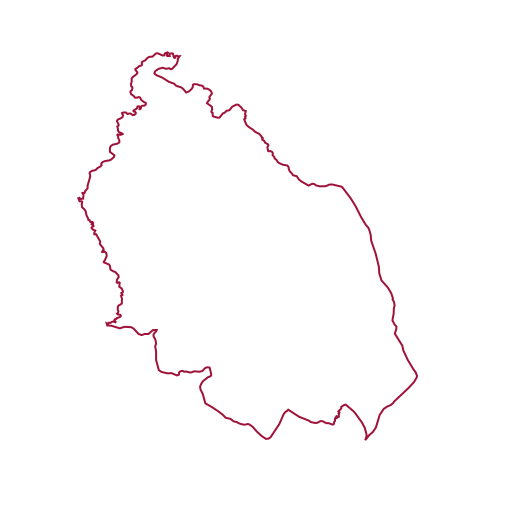 Restrepo, Valle del Cauca, Colombia (Natural Earth projection), rotated 105°
{"feature_id": "7082276B97721102897015", "entity_name": "Restrepo", "entity_type": "district", "adm_level": 2, "iso_a3": "COL", "parent_name": "Colombia", "parent_adm1": "Valle del Cauca", "projection": "natural_earth1", "projection_center": [-76.549, 3.81], "detail": "fine", "context": "isolated", "style": "outline", "palette": "rose", "viewbox_px": 512, "rotation_deg": 105, "n_neighbors": 0, "source": "geoboundaries", "source_scale": "gbopen_adm2", "svg_char_len": 6111}
<svg xmlns="http://www.w3.org/2000/svg" viewBox="0 0 512 512"><g transform="rotate(105 256 256)"><path d="M206.1,150.6L201.5,153.3L199.4,155.1L197.6,157.9L191.4,164.4L182.3,172.5L175.9,179.3L167.6,190.0L166.9,191.5L167.2,201.1L168.3,204.1L169.9,205.8L170.8,207.6L172.2,212.4L172.3,216.0L171.4,218.4L171.7,220.4L174.4,223.5L172.2,231.5L171.1,234.2L168.4,237.3L168.4,241.2L167.2,242.4L165.4,245.4L163.0,247.1L161.7,247.5L160.5,249.1L160.9,253.8L160.1,258.3L159.4,259.6L157.8,261.1L157.0,263.3L155.7,263.8L154.3,266.1L152.3,266.3L151.2,267.6L150.9,269.4L151.6,270.8L151.5,271.4L148.5,273.0L147.5,273.1L146.0,272.6L145.1,273.2L144.2,276.5L142.6,277.9L142.1,280.0L141.5,280.2L140.4,279.9L140.1,281.1L139.3,281.4L137.2,284.4L136.4,288.7L134.7,291.9L133.5,295.7L131.9,299.1L127.1,302.8L125.9,301.8L124.6,302.6L124.4,302.3L123.6,302.5L123.2,302.1L121.8,303.3L118.6,303.4L118.5,306.4L116.6,308.3L114.6,311.9L114.6,313.4L114.9,314.2L117.9,317.6L122.1,319.4L123.3,322.0L125.5,323.2L127.0,325.0L131.7,327.0L132.3,328.5L132.3,332.9L132.1,333.9L128.9,335.0L128.8,336.0L128.1,336.5L125.7,336.3L123.2,337.3L121.1,342.9L119.0,342.4L117.2,341.4L115.8,341.3L115.1,342.0L114.1,342.1L110.8,340.7L110.1,340.8L108.4,342.2L107.4,344.2L107.0,346.5L107.7,349.6L106.0,350.8L105.4,352.2L105.7,354.6L105.4,357.3L106.1,360.5L107.0,361.2L109.1,360.8L111.3,361.4L114.5,363.5L116.2,365.8L113.6,369.3L112.5,371.8L112.3,377.1L110.7,379.8L110.3,385.3L107.9,392.7L107.2,398.5L106.6,400.4L105.8,401.5L103.4,401.1L100.4,398.5L98.3,394.8L98.5,391.4L97.1,388.5L97.6,386.9L97.3,385.7L91.4,382.4L87.8,382.1L85.5,382.5L82.8,381.5L83.4,383.0L83.0,384.1L83.3,385.1L83.9,385.7L85.3,385.2L85.8,386.1L84.9,387.1L82.0,388.6L81.9,389.2L82.8,391.6L83.8,391.7L85.2,391.1L85.8,393.5L85.2,394.3L82.4,393.7L82.2,394.2L83.8,396.4L86.1,396.8L86.5,398.3L85.6,403.5L85.8,404.1L86.5,405.2L90.2,407.6L90.9,409.8L91.7,411.2L93.2,412.4L95.8,413.7L97.9,416.2L99.0,416.4L100.0,415.8L101.2,415.7L102.0,416.5L102.8,418.1L104.5,419.0L106.5,420.9L107.4,420.7L109.3,418.1L110.1,418.0L111.4,418.5L115.0,421.3L116.5,422.1L119.7,421.2L122.3,421.3L124.5,420.3L124.9,419.2L126.0,418.8L127.9,418.8L129.5,419.9L130.4,419.6L132.0,418.5L133.2,415.3L134.4,413.9L133.8,411.8L132.9,410.6L132.9,409.1L135.0,407.1L136.2,404.4L136.6,402.3L136.9,401.9L138.2,401.7L139.6,402.6L140.4,405.0L141.2,405.5L143.5,405.5L144.3,406.1L144.2,406.6L142.5,406.8L141.7,407.3L141.7,408.2L142.4,409.2L144.4,409.3L146.5,411.4L147.6,412.0L148.1,411.6L148.0,410.1L148.6,409.3L149.7,409.0L151.2,410.1L151.8,411.6L150.9,413.7L151.0,414.9L152.1,416.9L151.0,418.8L151.8,421.5L152.5,422.4L153.1,422.2L154.4,420.9L156.4,420.9L157.8,422.0L160.0,424.8L161.6,425.3L164.9,422.5L165.8,422.6L166.8,423.5L169.3,422.0L170.4,422.0L171.8,420.5L172.4,416.5L172.8,416.3L174.0,418.1L174.4,421.2L175.0,421.3L176.0,420.1L177.6,419.7L179.6,418.0L181.6,417.4L183.4,419.0L185.5,423.1L187.4,424.7L189.5,425.1L193.2,424.0L195.4,418.8L197.3,418.9L200.5,421.0L201.8,422.8L203.2,426.1L204.9,428.4L206.4,429.3L207.2,429.3L208.2,428.6L209.7,429.3L212.1,431.9L214.4,433.1L216.3,436.5L217.7,437.9L219.1,438.2L220.6,437.2L222.4,436.7L231.7,436.9L234.1,436.2L237.9,437.9L239.5,437.9L239.9,438.6L239.8,439.7L240.1,440.0L241.5,438.5L245.3,437.8L246.4,440.3L245.5,441.7L246.2,442.6L248.8,440.6L248.3,438.4L248.7,437.9L251.7,437.6L253.9,436.6L255.3,433.9L256.9,432.1L260.5,430.3L263.3,427.8L264.5,427.3L264.5,426.0L266.0,424.8L265.4,422.8L266.2,421.9L267.0,421.7L267.2,423.0L267.9,423.1L268.9,420.8L269.4,420.7L270.9,422.2L271.7,422.0L272.7,420.4L273.0,417.8L275.3,418.2L276.6,418.0L276.9,417.3L276.3,416.3L276.9,415.5L282.4,410.2L284.9,409.9L288.1,405.4L289.5,404.8L290.0,405.4L291.9,405.7L291.9,405.2L290.9,403.2L291.9,401.4L294.5,400.2L299.7,401.0L300.9,401.6L301.5,401.3L302.3,395.7L303.1,394.7L306.8,393.0L307.7,390.1L307.9,387.7L310.4,383.8L311.9,383.2L315.0,384.2L317.6,383.7L317.9,383.1L316.8,381.5L317.0,380.8L321.1,380.1L322.2,377.3L324.5,375.4L325.5,375.3L326.7,376.5L328.1,374.9L329.3,376.1L331.9,374.4L336.7,373.3L339.5,375.9L340.6,376.4L343.7,375.6L345.0,374.6L346.8,374.7L347.7,375.3L348.2,374.2L347.9,371.8L348.6,371.1L349.3,371.1L350.3,371.8L351.9,374.3L352.8,374.5L353.8,376.1L354.7,376.1L356.0,374.5L356.4,374.7L356.2,376.8L356.8,378.0L358.3,379.3L358.4,380.7L359.7,381.3L359.5,382.9L361.6,381.7L360.8,377.9L361.1,368.8L358.5,364.8L357.2,359.0L357.2,357.4L357.9,355.3L361.7,349.2L362.0,346.0L360.1,343.3L359.2,339.7L354.2,336.4L353.2,332.8L354.4,332.9L357.1,334.4L359.0,334.6L360.6,333.8L362.0,332.1L364.2,330.8L366.7,329.8L369.4,330.0L374.0,327.8L382.5,325.5L391.4,320.3L392.5,317.1L392.2,310.7L391.0,307.5L391.8,301.4L390.6,299.8L388.3,300.1L387.4,299.6L386.3,298.2L386.0,297.0L386.4,295.3L385.7,294.0L385.6,289.6L385.0,288.1L383.3,285.7L382.4,280.5L381.0,278.1L377.1,275.9L376.0,273.9L375.8,271.9L381.7,268.7L382.8,268.5L383.9,268.8L385.5,271.0L390.7,274.9L394.1,275.9L396.6,276.2L399.2,275.1L403.1,271.7L411.4,266.8L413.5,259.0L415.7,252.5L417.9,247.1L420.1,243.4L419.9,238.6L421.5,234.8L421.4,231.5L422.0,229.5L422.2,226.5L422.0,223.5L420.4,220.4L420.4,218.9L421.8,215.1L425.4,209.7L428.4,204.0L430.1,199.0L429.0,196.4L427.2,195.0L412.4,190.0L401.4,188.3L399.1,187.3L397.7,185.9L396.1,185.1L400.1,172.9L401.4,162.0L402.2,160.2L402.0,156.0L401.6,154.4L401.1,153.4L398.9,151.2L398.5,150.0L398.4,148.7L399.3,144.7L398.7,143.0L399.0,138.1L398.0,137.3L396.1,137.6L395.0,137.0L392.4,137.6L391.8,136.2L391.3,135.9L390.7,137.0L390.0,136.8L390.4,135.2L389.7,134.4L388.9,135.0L387.2,134.7L386.6,135.5L385.4,134.9L384.7,136.2L381.3,134.2L379.7,134.6L376.7,131.9L376.5,130.5L380.8,121.5L382.2,119.4L389.5,110.5L393.8,106.5L398.9,103.5L401.0,102.6L405.6,102.8L399.9,100.4L395.4,97.4L390.6,95.8L377.5,95.4L370.5,93.0L367.5,90.3L365.1,87.3L362.7,85.6L360.5,84.7L343.8,74.4L337.0,70.8L332.0,69.4L330.2,69.4L327.1,71.6L324.6,74.7L316.9,82.7L308.9,89.4L304.8,91.4L295.1,101.8L290.2,101.6L287.8,102.1L286.2,104.5L282.8,107.6L276.1,108.1L270.8,109.3L267.9,109.3L264.7,110.8L262.5,112.9L261.6,112.7L257.0,115.7L252.4,120.4L247.2,128.4L240.9,132.4L234.5,134.6L222.8,141.0L211.2,148.8L206.1,150.6Z" fill="none" stroke="#9f1239" stroke-width="2"/></g></svg>